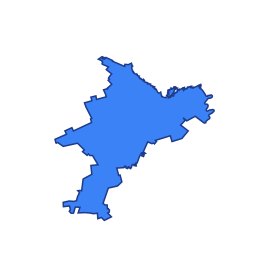 Casas, Tamaulipas, Mexico, rotated 67°
{"feature_id": "50627088B27179014352278", "entity_name": "Casas", "entity_type": "district", "adm_level": 2, "iso_a3": "MEX", "parent_name": "Mexico", "parent_adm1": "Tamaulipas", "projection": "mercator", "projection_center": [-98.689, 23.544], "detail": "fine", "context": "isolated", "style": "filled", "palette": "blue", "viewbox_px": 256, "rotation_deg": 67, "n_neighbors": 0, "source": "geoboundaries", "source_scale": "gbopen_adm2", "svg_char_len": 5708}
<svg xmlns="http://www.w3.org/2000/svg" viewBox="0 0 256 256"><g transform="rotate(67 128 128)"><path d="M71.5,99.7L69.7,99.5L69.8,102.9L68.2,106.0L70.0,107.0L60.4,116.3L59.9,115.8L54.4,120.8L55.3,122.4L55.3,123.0L54.0,124.3L53.7,122.6L52.2,124.0L53.1,128.4L56.3,125.4L56.6,125.9L57.9,125.8L58.3,126.6L59.3,126.7L64.1,122.1L65.8,125.2L71.8,121.9L73.4,125.0L74.5,126.5L75.8,126.1L76.3,127.6L81.4,125.9L83.2,131.3L83.8,131.3L84.0,131.7L83.7,131.7L83.3,135.6L87.7,135.5L90.8,135.8L89.4,145.8L85.9,145.0L85.1,150.1L88.8,150.6L87.8,158.2L92.0,158.5L105.0,157.6L105.0,158.9L108.7,159.4L109.4,179.4L105.8,179.5L106.0,187.2L109.7,187.0L109.9,199.6L113.5,200.2L113.9,200.0L113.9,198.4L119.6,194.8L122.3,180.4L131.0,176.8L132.0,179.1L137.2,176.3L136.4,174.6L138.4,173.9L139.5,171.4L150.1,170.0L148.0,176.8L156.5,179.4L157.4,189.2L167.7,195.2L166.6,196.7L166.4,197.8L166.1,198.7L168.4,197.9L171.6,201.4L174.8,203.9L174.4,206.5L172.2,210.7L171.1,216.7L175.2,218.2L176.9,212.3L180.5,212.9L181.8,214.6L184.2,213.7L185.1,211.4L180.2,207.4L182.2,203.2L186.7,207.1L189.1,200.6L191.4,196.2L193.4,193.3L194.5,189.5L199.7,191.2L200.0,187.4L203.8,185.9L203.3,178.0L198.3,179.9L198.1,178.1L196.2,177.1L195.1,177.7L194.6,177.6L194.3,178.5L190.7,177.3L189.9,179.2L187.6,180.4L175.6,169.6L177.3,160.3L175.2,154.7L168.2,153.7L168.0,155.1L160.5,154.0L162.8,147.5L162.8,147.0L162.1,146.5L161.9,145.5L162.2,145.4L162.4,145.9L162.6,145.9L163.6,144.7L163.8,144.8L163.7,145.3L164.1,145.4L164.6,144.6L165.1,144.5L165.1,144.1L164.8,143.4L164.0,143.1L163.8,142.8L164.3,142.2L165.0,142.2L165.4,141.5L165.9,141.9L166.3,141.7L166.4,141.4L166.3,141.2L165.5,140.5L165.2,139.8L164.5,139.5L163.5,138.7L163.7,138.3L163.6,137.6L164.3,136.5L164.5,136.5L164.5,137.1L164.9,137.2L165.1,136.7L166.0,135.6L166.1,135.2L165.7,135.1L165.2,135.5L164.5,135.1L163.5,135.0L163.5,134.8L164.2,134.6L164.3,134.3L163.7,133.8L163.6,133.5L163.7,133.2L159.0,128.9L157.7,127.4L160.3,124.9L159.1,123.7L156.6,125.9L156.2,125.4L156.3,124.4L156.6,123.8L157.2,123.7L157.5,123.3L157.8,123.9L158.1,121.9L155.9,123.2L148.5,115.3L151.7,112.2L152.0,110.2L153.0,109.8L151.5,107.0L150.1,107.6L151.7,92.1L157.7,92.8L158.7,82.4L154.2,73.7L145.9,78.4L143.5,72.8L142.1,72.7L140.1,73.3L144.4,71.1L143.5,61.6L153.3,55.9L153.5,54.3L152.6,54.0L152.3,53.5L151.5,51.0L151.3,49.3L150.7,48.8L149.8,48.5L149.1,48.9L148.3,48.9L147.5,48.2L147.2,46.5L147.1,44.6L146.2,42.4L145.8,42.0L145.0,41.9L144.2,42.6L143.3,45.7L143.5,48.2L143.2,48.8L142.7,49.0L142.1,49.0L141.4,48.6L140.0,46.4L139.0,45.7L138.3,45.4L137.2,45.7L136.8,46.2L136.4,47.3L136.0,47.7L135.3,47.8L134.7,47.5L132.3,43.0L132.2,42.2L132.7,40.4L132.7,38.9L131.9,38.0L131.5,37.8L130.8,38.0L130.0,38.6L129.7,40.8L129.3,41.6L129.9,42.6L129.8,42.9L129.1,43.6L125.8,44.0L122.0,44.8L120.9,45.3L120.7,45.6L119.5,45.5L119.2,45.8L119.2,45.6L119.0,46.0L119.2,46.4L118.7,46.4L118.7,45.9L118.4,46.0L118.8,45.5L118.7,45.1L117.7,44.5L117.4,44.5L117.4,44.3L117.1,44.3L116.9,44.0L116.5,44.1L116.5,44.4L116.3,44.3L116.3,45.1L116.7,45.2L116.3,45.4L116.3,45.7L116.7,45.9L116.3,46.0L116.3,46.7L116.7,46.8L117.0,47.2L116.6,47.0L116.4,47.2L116.6,49.6L116.5,51.5L116.6,52.2L115.9,52.1L116.0,52.8L116.2,53.1L116.1,53.4L115.7,53.4L115.4,53.7L115.2,53.6L115.2,53.8L114.6,53.2L114.5,53.6L114.2,53.6L114.1,54.2L114.4,54.9L114.1,55.0L114.0,55.8L114.2,56.1L114.0,56.5L113.8,56.5L113.6,56.8L113.7,57.3L114.0,57.2L114.2,57.6L114.7,58.0L114.5,58.8L115.0,59.1L115.4,59.0L114.9,59.4L114.0,59.4L114.6,59.7L114.2,60.3L114.2,61.2L114.9,61.5L115.1,61.9L114.4,61.8L114.2,62.3L113.7,62.1L113.3,61.5L113.4,61.1L113.0,60.8L113.0,60.2L112.7,60.1L112.6,61.1L112.8,61.3L112.4,62.0L113.0,63.4L112.8,63.8L112.9,64.8L112.4,65.4L113.0,66.0L112.7,66.1L112.8,66.6L112.3,66.2L111.6,67.1L112.8,68.1L113.7,68.3L113.7,68.7L114.1,68.9L114.3,69.4L114.3,69.7L113.9,70.0L114.0,70.1L114.5,71.2L114.0,72.0L115.9,73.1L116.4,73.7L115.9,74.5L115.3,74.5L115.6,75.7L116.4,77.1L115.8,78.0L115.9,78.4L115.3,77.9L116.0,77.4L116.2,76.8L115.6,76.3L115.0,76.3L115.0,75.1L114.4,74.7L114.2,73.8L113.6,73.3L113.5,72.8L113.2,72.6L112.9,71.7L111.0,70.3L111.0,69.6L110.7,69.1L110.9,68.9L110.4,67.5L110.2,68.0L110.1,67.9L109.9,68.1L109.7,68.0L109.8,67.6L109.4,67.7L109.1,68.0L109.1,68.3L109.3,68.4L109.2,68.5L108.9,68.3L108.7,68.4L109.1,69.1L108.6,69.1L108.5,69.3L108.3,69.0L108.1,69.4L108.1,69.7L108.4,70.1L109.1,69.9L109.2,70.2L109.4,70.1L109.4,70.6L109.2,70.4L108.8,70.5L109.4,71.9L109.4,72.8L109.1,72.9L108.3,72.5L108.0,72.7L108.5,73.0L109.1,74.9L109.5,74.9L109.8,75.1L109.6,75.3L108.8,75.3L108.8,76.5L109.2,76.7L109.4,76.2L110.2,76.3L110.4,76.5L109.9,76.5L109.9,76.8L110.6,77.4L110.9,77.7L111.1,77.4L111.5,77.3L111.5,77.6L111.8,77.9L112.0,77.9L112.1,77.5L112.2,77.8L112.3,77.6L112.6,77.6L112.2,77.9L112.5,78.3L113.6,79.0L113.2,79.5L113.3,79.7L113.5,79.3L114.2,79.1L114.2,79.5L114.5,79.4L115.0,80.8L114.0,82.8L112.5,84.3L112.3,84.2L112.1,84.7L107.8,83.9L108.1,84.7L108.1,85.9L106.7,86.7L105.9,86.9L103.5,86.8L103.3,87.7L102.7,88.0L102.3,87.7L101.9,88.3L101.3,87.9L101.3,88.0L101.3,88.4L100.5,88.3L100.3,87.6L99.6,88.5L100.1,88.8L99.8,88.9L99.8,89.1L99.3,89.0L99.3,88.7L99.0,88.9L98.4,89.5L98.1,90.2L97.2,90.4L96.5,90.0L95.9,91.1L95.0,91.5L94.9,91.9L95.3,92.4L94.9,92.9L94.0,92.5L93.6,92.6L92.4,94.5L91.4,94.7L91.0,94.3L90.6,94.3L90.6,94.9L90.9,95.3L90.8,95.6L90.1,95.4L89.7,94.7L89.1,94.8L89.2,95.5L89.0,96.2L88.1,96.8L87.6,96.7L87.2,97.7L86.5,97.5L86.3,97.9L85.2,98.0L84.6,97.4L84.2,98.2L83.9,98.4L83.1,98.6L82.9,98.9L82.5,98.6L82.0,98.6L81.5,99.2L81.6,99.6L81.2,100.3L80.8,100.5L79.9,100.6L79.7,101.2L79.3,101.3L78.4,101.0L78.1,101.2L78.2,101.5L77.9,101.6L76.7,101.2L75.8,101.5L73.5,100.8L73.2,100.5L73.1,99.6L72.9,99.5L72.1,100.2L71.9,100.2L71.5,99.7Z" fill="#3b82f6" stroke="#1e3a8a" stroke-width="1.5"/></g></svg>